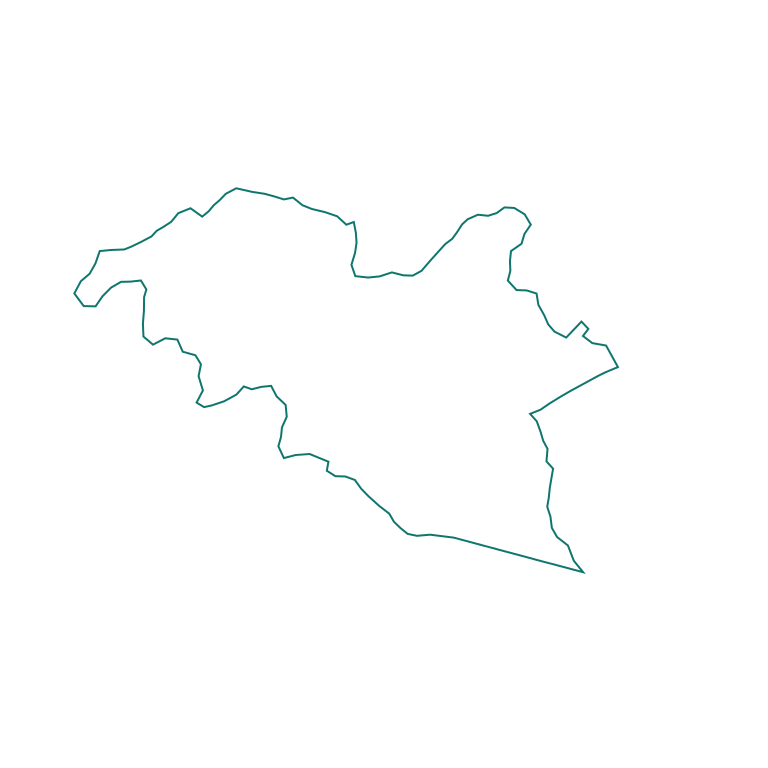 Tanguá, Rio de Janeiro, Brazil (Robinson projection), rotated 147°
{"feature_id": "56859067B54555511090464", "entity_name": "Tanguá", "entity_type": "district", "adm_level": 2, "iso_a3": "BRA", "parent_name": "Brazil", "parent_adm1": "Rio de Janeiro", "projection": "robinson", "projection_center": [-42.724, -22.773], "detail": "fine", "context": "isolated", "style": "outline", "palette": "teal", "viewbox_px": 768, "rotation_deg": 147, "n_neighbors": 0, "source": "geoboundaries", "source_scale": "gbopen_adm2", "svg_char_len": 2038}
<svg xmlns="http://www.w3.org/2000/svg" viewBox="0 0 768 768"><g transform="rotate(147 384 384)"><path d="M358.8,589.9L367.4,593.3L373.7,600.9L380.6,608.6L389.8,616.8L401.3,628.6L413.1,629.7L421.6,627.7L429.2,626.7L437.1,624.3L445.3,623.4L450.6,636.8L463.5,639.3L474.2,635.9L483.4,635.9L491.1,636.3L498.7,634.4L510.7,635.5L521.0,636.8L528.6,638.3L540.0,645.1L550.0,650.3L560.3,642.3L570.8,636.8L582.3,635.3L594.4,628.6L593.4,612.9L583.6,606.2L572.3,610.9L560.3,613.5L548.9,612.9L541.0,608.0L531.5,603.2L531.8,592.7L537.9,587.5L545.5,576.1L553.4,565.8L559.9,554.8L556.3,542.8L542.6,541.5L533.1,533.8L535.2,520.7L526.5,510.8L526.8,500.2L535.2,491.6L539.4,477.2L551.3,470.5L547.5,462.6L540.0,459.8L527.6,456.6L513.6,455.5L502.9,458.3L497.8,451.6L488.4,448.4L479.7,443.9L480.8,432.1L477.9,420.0L483.4,409.5L493.2,403.2L499.2,395.7L506.5,389.3L508.3,376.4L496.6,372.5L484.5,365.8L478.9,357.7L472.9,349.1L479.2,342.4L475.0,333.2L466.8,327.5L460.7,319.4L460.2,308.8L458.1,298.1L454.4,284.3L450.2,272.3L450.7,263.1L448.6,254.0L445.8,245.4L439.0,238.7L427.4,232.5L409.2,217.2L348.3,149.5L319.5,117.7L321.1,132.3L317.7,148.4L322.2,161.4L321.6,171.9L316.6,182.2L314.0,192.1L307.8,198.8L301.6,206.5L294.9,213.8L288.3,220.9L289.9,230.6L282.2,240.5L281.4,249.7L278.8,258.3L276.2,269.5L277.7,279.4L266.7,277.2L256.1,277.5L242.8,277.2L231.2,276.6L200.1,274.2L191.8,273.2L178.6,270.8L176.8,295.3L187.0,304.8L191.0,315.9L182.6,318.9L184.4,328.8L205.9,323.7L212.5,335.1L213.8,344.6L212.2,354.4L211.4,366.3L206.8,376.8L213.3,384.7L221.7,390.6L223.8,403.3L216.4,410.1L211.4,418.5L205.1,426.3L192.3,426.7L184.4,433.4L174.1,437.7L173.6,449.7L178.9,460.7L186.8,466.5L196.4,466.0L205.1,468.4L213.0,474.8L224.1,476.6L231.7,475.3L240.3,471.4L247.8,468.6L256.4,468.0L264.0,466.0L276.7,462.6L290.9,458.5L300.8,459.2L308.7,464.7L316.6,473.3L329.0,476.6L339.3,481.9L349.3,490.1L346.4,501.7L336.9,509.7L330.1,517.4L325.3,526.0L321.1,536.3L328.8,538.1L331.9,550.1L339.8,560.2L349.2,570.1L355.0,578.3L358.8,589.9Z" fill="none" stroke="#0f766e" stroke-width="2"/></g></svg>